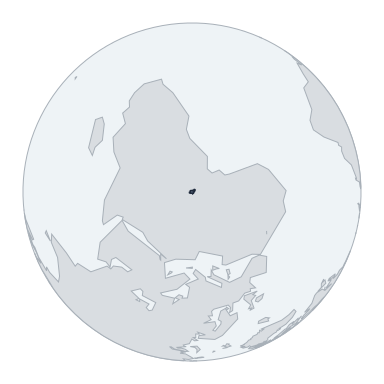 globe centered on Tandjilé, rotated 167°
{"feature_id": "TCD-1487", "entity_name": "Tandjilé", "entity_type": "Prefecture", "adm_level": 1, "iso_a3": "TCD", "parent_name": "Chad", "parent_adm1": "", "projection": "orthographic", "projection_center": [16.631, 9.621], "detail": "fine", "context": "on_globe", "style": "filled", "palette": "slate", "viewbox_px": 384, "rotation_deg": 167, "n_neighbors": 0, "source": "natural_earth", "source_scale": "10m", "svg_char_len": 9098}
<svg xmlns="http://www.w3.org/2000/svg" viewBox="0 0 384 384"><g transform="rotate(167 192 192)"><circle cx="192" cy="192" r="169" fill="#eef3f6" stroke="#a8b0b8"/><path d="M135.6,32.7L135.8,32.7L131.9,34.1L135.6,32.8L139.1,31.6L141.9,30.7L142.5,30.7L137.6,32.3L136.6,32.6L135.5,33.0L132.8,34.0L134.4,33.5L128.5,35.8L135.2,33.5L131.1,35.4L126.9,37.0L126.4,36.8L118.1,40.1L135.6,32.7ZM101.6,49.2L96.6,52.8L92.1,55.9L86.8,60.1L89.7,58.2L94.9,54.3L99.0,52.2L104.8,48.2L107.3,47.0L113.8,43.4L113.8,44.2L110.4,47.1L105.1,50.3L103.4,51.9L109.4,49.4L100.3,56.5L95.7,63.6L93.2,65.7L86.9,68.1L84.7,66.2L76.5,71.3L82.8,68.5L76.5,74.7L75.9,76.2L76.9,76.4L79.7,74.4L77.7,76.9L70.7,80.1L72.4,77.8L74.6,76.7L73.5,76.1L68.8,79.2L65.9,82.6L61.7,85.2L59.7,87.9L57.6,90.2L61.1,85.7L54.7,94.2L50.8,99.3L57.7,89.5L65.3,80.2L73.5,71.5L82.3,63.5L91.7,56.0L101.6,49.2ZM26.1,160.2L26.3,159.2L27.1,156.9L25.2,166.5L27.1,158.6L26.6,164.0L29.3,166.6L28.6,168.5L30.6,182.5L35.8,190.4L37.0,198.2L36.1,202.2L38.6,204.5L38.6,207.4L51.1,215.9L59.7,225.2L60.9,235.3L56.7,245.3L59.7,268.3L53.9,273.2L57.1,282.2L60.6,293.9L56.5,291.0L62.5,298.5L64.2,301.6L62.8,300.7L66.7,305.3L66.0,304.6L58.4,295.4L51.4,285.7L45.1,275.5L39.6,265.0L34.8,254.0L30.8,242.8L27.7,231.3L25.3,219.6L23.8,207.7L23.1,195.8L23.2,183.9L24.2,172.0L26.1,160.2ZM66.6,305.3L69.4,308.3L70.4,309.3L66.6,305.3ZM35.3,128.7L33.5,133.9L33.5,133.5L35.3,128.7ZM41.8,114.7L41.7,114.8L41.4,115.5L41.5,115.1L41.8,114.7ZM113.3,43.3L113.5,43.3L112.2,43.9L113.3,43.3ZM115.9,41.8L114.2,42.5L115.2,41.9L116.2,41.5L115.9,41.8ZM117.7,41.2L117.1,40.8L118.9,39.9L124.2,37.6L117.7,41.2ZM139.9,31.3L136.2,32.6L138.8,31.6L139.9,31.3ZM151.6,27.9L140.9,31.0L151.6,27.9ZM143.2,30.4L143.4,30.2L148.4,28.8L148.8,28.8L147.1,29.3L143.2,30.4ZM146.3,29.6L148.9,29.0L147.1,29.7L143.3,30.4L146.3,29.6ZM149.5,28.5L151.9,27.9L150.7,28.2L149.5,28.5ZM142.2,32.4L142.4,31.9L145.0,31.1L142.2,32.4ZM150.0,28.7L150.6,28.5L151.7,28.2L153.0,28.1L150.0,28.7ZM158.1,26.5L158.9,26.3L162.1,25.7L162.7,25.6L157.6,26.6L160.4,26.1L160.9,26.0L156.2,27.0L157.7,26.5L158.1,26.5ZM157.5,27.1L151.6,28.7L150.7,29.6L148.3,30.3L150.2,28.8L157.5,27.1ZM157.2,26.9L156.9,27.1L154.1,27.7L152.6,27.9L157.2,26.9ZM165.6,25.1L165.0,25.2L165.6,25.1ZM157.8,27.2L159.2,26.8L158.1,27.2L157.8,27.2ZM163.7,25.6L163.2,25.6L164.6,25.4L163.7,25.6ZM162.5,26.2L160.6,26.7L159.5,26.7L162.5,26.2ZM163.5,25.8L165.4,25.5L160.3,26.5L163.1,25.8L163.5,25.8ZM165.1,25.4L165.7,25.2L165.1,25.4L165.1,25.4ZM167.7,26.0L161.5,27.2L159.1,27.2L165.5,26.0L167.7,26.0ZM89.9,326.6L89.4,326.2L90.8,327.2L91.5,327.8L90.2,326.9L89.9,326.6ZM350.0,132.1L348.9,129.5L351.0,136.1L355.8,150.6L357.7,158.8L359.0,167.8L358.4,164.1L355.3,156.5L357.4,168.8L359.8,177.8L360.8,189.4L360.1,186.6L358.8,176.4L357.6,173.4L356.0,162.7L351.4,147.9L350.6,151.8L348.8,145.7L342.3,134.4L340.0,139.8L337.7,158.4L340.4,174.6L338.2,182.5L328.1,160.9L322.5,146.0L319.5,148.2L308.5,137.0L291.4,138.9L288.4,135.3L285.3,137.6L277.4,134.6L272.6,128.7L268.1,129.7L280.9,145.3L285.6,144.4L288.7,137.4L291.5,143.3L299.0,147.8L292.8,163.7L266.5,180.1L263.0,168.2L238.1,137.3L238.3,133.7L238.2,133.3L237.8,132.6L236.5,138.6L231.9,132.7L246.2,154.2L249.0,163.8L266.1,180.9L264.7,183.0L270.0,186.3L285.6,180.1L285.8,184.1L279.1,203.9L256.6,231.6L259.1,248.5L256.6,263.1L241.5,273.6L241.8,284.5L233.8,288.8L232.6,294.9L225.6,301.7L214.3,308.1L196.3,308.8L196.0,303.5L188.3,293.0L177.9,266.7L183.4,254.3L182.1,244.7L169.0,223.2L171.9,211.1L168.2,206.0L160.6,207.3L156.2,201.2L151.5,201.1L121.9,204.9L112.4,196.8L100.0,172.2L105.1,162.8L105.2,151.7L139.4,115.8L147.5,117.9L175.4,113.2L179.0,114.5L176.6,122.7L198.3,132.4L204.2,125.3L222.9,130.2L234.7,129.4L237.3,113.9L217.9,114.8L213.6,107.6L228.5,100.6L245.3,100.7L244.2,98.0L232.8,92.4L235.9,87.4L228.7,90.1L232.2,92.7L227.8,94.8L224.4,92.6L225.6,90.8L220.3,89.8L215.8,99.7L218.9,103.4L205.5,105.8L209.2,112.4L205.9,115.7L198.2,105.9L198.4,102.2L184.8,92.4L183.4,96.3L196.2,106.1L192.5,105.4L190.8,111.7L189.3,106.4L175.7,95.5L163.1,98.3L148.4,113.9L140.7,115.4L133.7,112.4L137.8,96.9L154.4,95.5L156.1,90.8L151.6,84.3L157.0,84.7L157.3,82.1L163.4,81.6L171.0,75.4L177.1,74.6L179.1,67.3L182.5,66.1L180.4,70.7L182.2,73.7L197.2,72.9L199.8,71.3L199.9,66.8L204.0,67.5L202.1,63.3L210.3,61.5L198.8,60.5L198.5,56.0L202.8,52.6L200.7,51.2L193.6,56.8L192.7,59.4L195.2,61.7L190.8,69.5L185.8,71.0L182.6,62.8L175.3,64.3L176.0,58.0L194.6,45.4L202.9,43.2L218.8,48.0L217.5,50.5L211.1,49.8L217.9,54.1L216.9,52.0L220.4,52.8L221.0,49.4L223.5,49.9L219.9,46.1L222.9,46.4L225.2,48.8L228.7,44.8L234.9,44.9L234.5,43.8L232.4,42.6L241.6,44.0L240.9,43.1L237.6,42.3L234.1,40.4L231.5,37.6L234.9,38.2L236.2,39.2L244.2,42.8L247.3,46.0L248.4,46.0L246.5,43.4L236.8,39.0L234.3,37.3L239.1,38.9L237.2,38.2L237.0,37.5L239.9,37.6L234.7,35.7L228.0,29.5L233.0,29.6L238.0,31.4L236.8,29.4L242.5,30.8L239.5,29.9L237.8,29.4L249.3,33.1L260.6,37.6L271.5,42.9L282.0,49.0L292.0,55.8L301.5,63.3L310.5,71.5L318.8,80.4L326.5,89.7L333.5,99.7L339.8,110.1L345.3,120.9L350.0,132.1ZM128.7,134.0L128.1,137.3L128.7,134.0ZM264.1,109.3L273.5,109.2L267.6,100.2L270.8,99.6L267.6,97.0L267.1,99.6L259.1,92.5L262.6,89.7L260.6,86.0L257.3,85.9L252.2,92.4L263.7,102.3L262.2,106.2L264.1,109.3ZM29.5,166.5L29.6,168.7L28.9,168.3L29.5,166.5ZM31.7,138.6L31.4,139.5L31.7,138.6ZM32.7,142.0L33.0,143.5L32.2,143.6L32.7,142.0ZM33.1,135.3L32.5,141.2L31.0,142.6L31.7,139.1L32.0,139.2L33.1,135.3ZM38.6,121.2L38.5,121.5L38.0,122.4L38.6,121.2ZM41.2,115.8L42.0,114.3L41.2,115.8ZM77.0,74.5L77.5,74.3L77.9,75.1L76.5,75.8L77.0,74.5ZM86.6,73.5L83.2,77.6L84.7,74.9L82.2,76.4L82.1,73.0L92.0,66.7L87.5,69.9L86.6,73.5ZM84.7,67.4L83.6,69.8L84.4,67.4L84.7,67.4ZM152.4,70.0L154.8,71.4L153.0,74.3L145.2,76.7L147.8,72.4L152.4,70.0ZM158.7,72.9L157.7,64.9L162.4,63.6L160.0,65.6L163.2,65.5L160.1,68.8L165.6,75.9L164.3,79.1L150.7,80.8L155.9,78.3L153.2,76.9L158.7,72.9ZM146.6,51.3L146.3,49.1L157.1,48.9L156.2,51.1L148.4,53.2L144.9,51.9L146.6,51.3ZM127.2,37.8L126.4,37.9L127.7,37.3L129.6,36.8L127.2,37.8ZM142.0,32.3L132.3,37.4L130.9,37.6L126.9,41.0L121.6,43.0L124.3,40.6L117.2,45.0L117.5,43.6L113.1,46.7L119.8,41.1L119.8,40.5L121.8,40.3L126.8,38.5L128.9,37.5L134.9,34.4L137.4,32.6L142.7,30.9L145.8,30.2L146.0,30.3L142.5,31.3L145.3,30.8L140.4,32.4L142.0,32.3ZM179.0,29.6L174.8,29.5L179.7,31.1L174.8,31.7L175.7,31.9L172.5,33.1L170.1,34.9L167.8,35.1L167.9,35.8L165.8,36.7L165.1,37.8L160.7,38.6L159.5,40.1L158.1,39.7L157.3,42.1L155.9,40.8L153.0,42.2L155.9,42.8L133.5,46.9L125.2,50.6L119.0,54.6L117.5,52.3L122.3,47.4L130.2,42.1L138.4,39.2L136.2,39.0L139.5,37.7L139.9,38.4L141.3,36.6L144.1,35.8L151.1,32.5L151.4,30.9L154.0,29.9L155.3,30.2L157.0,29.0L161.2,29.0L163.1,28.3L169.2,27.9L170.5,29.2L172.6,28.4L177.3,28.4L179.0,29.6ZM169.4,25.8L172.1,26.6L170.8,27.5L160.8,28.0L158.4,28.5L152.0,29.4L154.0,28.2L155.7,28.0L157.8,27.6L156.3,28.1L159.0,27.4L161.4,27.2L164.2,26.7L164.3,27.0L169.4,25.8ZM182.6,111.3L185.3,111.6L189.4,111.1L188.4,115.3L182.6,111.3ZM173.2,103.9L175.6,103.3L176.1,108.5L173.3,108.4L173.2,103.9ZM176.4,98.9L175.7,102.9L174.4,100.7L176.4,98.9ZM182.5,70.1L185.0,69.4L185.4,70.4L184.3,72.1L182.5,70.1ZM192.3,36.3L190.2,35.6L190.8,35.2L188.7,33.2L192.2,32.8L194.8,33.9L192.3,36.3ZM234.3,116.7L231.2,119.8L229.2,118.5L230.7,117.6L234.3,116.7ZM208.9,117.5L214.9,119.3L208.5,118.7L208.9,117.5ZM195.7,35.5L194.5,34.6L197.0,35.0L195.7,35.5ZM194.6,32.5L197.5,32.7L192.4,32.5L194.6,32.5ZM280.4,328.4L280.0,329.9L278.1,330.4L280.4,328.4ZM282.8,258.4L269.7,284.3L262.5,285.1L262.2,278.0L267.7,262.5L276.4,257.4L280.9,250.0L282.8,258.4ZM359.7,212.5L359.8,211.9L359.7,212.5ZM360.1,209.1L360.1,202.7L356.9,181.6L358.1,181.2L360.8,193.1L360.7,195.6L360.7,201.2L360.7,201.3L360.1,209.1ZM341.0,176.0L344.2,185.1L342.7,187.1L341.0,176.0ZM351.8,137.2L352.1,138.2L351.3,135.8L350.6,133.8L351.8,137.2ZM223.5,34.4L222.5,37.3L224.1,39.9L228.5,41.8L221.8,40.7L219.4,36.7L223.5,34.4ZM227.1,29.8L223.1,28.7L225.1,28.8L226.2,29.0L227.1,29.8ZM224.6,29.5L219.3,29.0L217.3,28.2L221.8,28.6L224.6,29.5ZM207.6,31.3L207.1,32.1L205.1,31.7L207.6,31.3ZM232.0,27.8L232.4,28.0L230.3,27.4L230.4,27.5L232.0,27.8ZM225.3,26.4L225.2,26.3L225.3,26.4ZM227.2,26.9L225.0,26.3L229.1,27.3L227.2,26.9Z" fill="#d9dde1" stroke="#a8b0b8" stroke-width="1"/><path d="M191.4,193.5L191.4,193.4L191.3,193.2L191.2,193.1L191.1,193.3L190.9,193.3L190.7,193.4L190.7,193.5L190.3,193.5L190.2,193.5L189.7,193.7L189.6,193.8L189.5,193.7L189.0,193.8L188.9,193.9L188.7,193.8L188.6,193.7L188.6,193.4L188.5,193.2L188.8,192.9L188.9,192.7L189.0,192.6L189.2,192.4L189.3,192.1L189.7,191.6L189.8,191.6L190.1,191.8L190.6,191.3L190.8,191.0L190.8,190.8L190.9,190.7L190.9,190.4L191.4,190.3L191.6,190.3L191.8,190.1L191.9,190.3L191.9,190.5L192.0,190.5L192.3,190.7L192.3,190.8L192.5,190.8L192.8,190.9L192.8,191.0L193.1,191.1L193.3,191.1L193.5,191.1L193.5,191.3L193.8,191.4L194.0,191.4L194.3,191.5L194.6,191.7L194.7,191.8L194.6,192.1L194.4,192.0L194.4,191.9L194.2,192.0L193.9,192.1L193.7,192.1L193.7,192.3L193.7,192.5L193.3,193.0L193.6,193.3L193.4,193.6L193.1,193.7L192.9,193.7L192.3,193.6L192.1,193.5L191.9,193.5L191.8,193.4L191.7,193.4L191.5,193.5L191.4,193.5Z" fill="#64748b" stroke="#1e293b" stroke-width="1.5"/></g></svg>